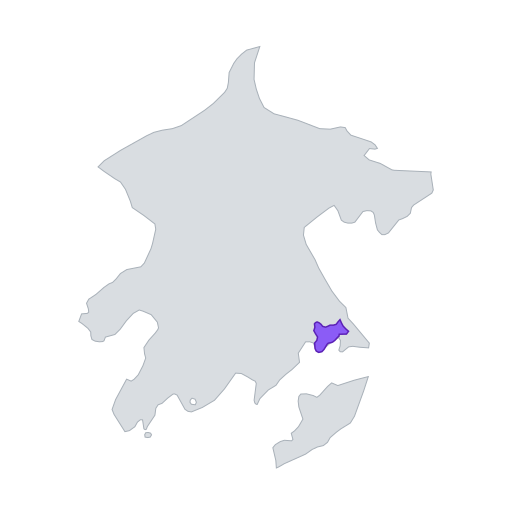 location of Qubadli within Azerbaijan, rotated 276°
{"feature_id": "AZE-1736", "entity_name": "Qubadli", "entity_type": "District", "adm_level": 1, "iso_a3": "AZE", "parent_name": "Azerbaijan", "parent_adm1": "", "projection": "orthographic", "projection_center": [46.627, 39.307], "detail": "fine", "context": "in_parent", "style": "filled", "palette": "violet", "viewbox_px": 512, "rotation_deg": 276, "n_neighbors": 0, "source": "natural_earth", "source_scale": "10m", "svg_char_len": 3876}
<svg xmlns="http://www.w3.org/2000/svg" viewBox="0 0 512 512"><g transform="rotate(276 256 256)"><path d="M357.9,421.4L355.8,421.3L340.2,425.4L336.9,424.3L323.2,407.5L320.4,405.6L314.6,405.0L311.2,402.2L308.4,397.7L306.8,394.3L292.8,385.3L290.7,381.9L290.4,379.0L292.4,376.3L294.7,374.0L301.3,371.5L309.2,369.4L311.6,368.0L312.9,365.5L312.7,361.5L311.4,357.7L300.0,350.8L298.7,347.8L298.3,344.0L298.9,340.1L300.6,337.1L309.6,332.7L314.5,328.4L311.3,323.6L301.3,312.8L289.5,301.0L281.7,301.0L272.8,304.7L258.5,315.1L250.6,319.6L240.3,326.9L229.1,335.1L219.8,343.7L214.1,350.8L203.8,354.0L198.6,359.9L181.2,377.8L176.4,377.6L176.1,368.7L176.3,361.7L175.3,357.6L169.7,352.1L169.6,349.7L171.1,348.2L175.4,349.1L180.9,348.8L183.5,346.7L177.6,339.4L172.4,334.5L168.0,331.2L167.0,329.2L167.0,327.8L167.9,326.1L175.5,322.1L176.3,318.4L175.8,314.3L163.8,308.2L154.8,310.4L146.8,303.6L141.6,298.2L135.2,292.5L129.5,289.4L124.1,282.3L114.6,274.8L108.5,272.7L108.6,271.6L109.7,270.2L112.3,269.2L129.3,269.6L131.4,268.3L132.5,265.2L134.8,260.5L137.6,253.7L137.4,248.0L120.5,238.5L108.2,229.8L99.8,218.5L94.2,208.1L94.4,204.6L96.1,201.4L109.4,192.1L110.3,189.6L110.0,187.9L105.4,183.0L99.6,177.9L97.8,174.2L94.1,172.3L87.1,172.1L74.9,165.7L72.3,165.1L71.7,163.9L72.4,162.6L81.2,160.3L81.1,158.2L78.5,155.5L73.6,153.4L69.1,148.4L67.6,144.0L83.6,131.4L88.3,128.9L98.6,131.4L120.0,140.2L118.5,144.9L120.6,147.6L125.5,151.3L135.0,155.0L143.0,157.0L147.1,155.4L153.2,154.1L161.2,158.3L168.6,163.7L172.3,165.9L174.3,166.6L179.9,164.8L186.7,157.9L189.3,149.5L190.1,145.5L186.1,139.9L178.1,133.9L169.0,128.6L163.2,123.9L159.6,114.7L155.8,113.7L154.9,112.5L154.3,109.3L154.5,104.9L155.8,101.6L159.4,100.1L163.1,99.6L166.5,96.4L170.6,90.1L172.4,86.6L180.2,88.6L181.3,94.3L182.7,95.5L185.9,94.8L191.3,92.4L195.6,94.2L201.2,101.0L208.9,108.1L213.0,112.8L214.7,116.1L218.6,119.3L224.4,123.0L229.0,128.9L233.2,142.6L237.3,145.7L252.3,150.8L257.5,151.8L272.1,153.5L277.3,152.1L284.6,140.2L291.2,127.9L297.4,125.3L308.7,119.2L315.4,113.5L318.1,107.5L324.3,96.0L328.1,89.6L334.9,95.1L346.8,110.1L364.1,134.6L368.3,141.5L371.3,149.6L373.9,159.5L377.9,168.1L395.6,189.7L403.2,197.6L415.5,207.7L419.8,209.9L425.5,210.4L435.7,210.1L445.4,213.8L450.2,216.5L455.2,220.5L459.8,225.2L464.7,237.9L448.0,234.3L431.4,235.6L422.1,238.8L413.1,242.9L404.5,248.5L399.3,259.1L395.4,283.3L389.3,306.1L389.9,316.6L393.2,326.5L393.0,331.3L389.9,333.4L386.1,337.7L381.5,358.6L379.0,362.8L375.7,365.5L374.7,363.1L374.7,357.6L367.2,353.0L363.4,358.5L361.0,370.0L355.9,382.1L355.7,384.4L357.9,421.4ZM107.2,210.4L107.9,207.2L105.9,205.7L103.7,205.6L101.8,207.2L101.7,211.2L104.3,212.0L107.2,210.4ZM50.8,303.7L48.4,300.3L47.3,298.4L54.7,297.1L67.1,292.8L70.5,295.0L74.0,299.6L75.7,303.5L75.9,310.7L77.4,311.9L83.4,309.6L86.1,312.6L90.7,316.1L98.7,319.7L110.3,314.4L116.1,313.1L120.8,313.3L123.4,315.0L124.2,320.6L123.2,327.5L121.8,331.3L124.3,334.0L133.7,340.8L137.7,344.5L135.7,350.9L142.7,366.6L145.0,372.7L147.8,380.3L133.2,377.2L107.0,370.7L99.8,367.3L93.0,358.5L89.0,354.2L83.1,348.7L78.2,346.6L74.5,342.8L72.5,337.1L69.5,332.1L64.2,326.1L52.4,305.8L50.8,303.7ZM68.8,169.7L67.2,170.8L64.8,169.7L64.1,167.2L64.3,164.6L66.7,164.0L68.7,164.8L69.2,167.2L68.8,169.7Z" fill="#d9dde1" stroke="#a8b0b8" stroke-width="1"/><path d="M184.6,346.8L184.5,346.5L184.0,345.9L183.5,345.5L180.3,343.2L178.5,341.3L177.7,339.8L177.3,338.3L176.8,336.9L175.6,335.9L170.2,333.4L167.7,331.5L166.7,328.4L167.7,325.9L170.1,324.4L175.6,323.4L178.4,325.3L181.9,325.7L184.8,323.4L187.8,321.3L189.6,321.7L191.4,322.0L193.0,321.6L194.6,321.2L195.9,322.1L196.4,323.0L196.8,323.6L196.6,324.4L196.1,325.9L194.8,327.9L193.0,329.6L192.5,332.6L193.6,334.7L195.0,336.9L195.3,340.1L196.4,342.9L199.0,344.4L201.5,346.2L198.5,347.9L195.5,349.9L193.0,352.8L190.8,355.9L187.8,354.1L186.9,347.0L184.6,346.8Z" fill="#8b5cf6" stroke="#5b21b6" stroke-width="1.5"/></g></svg>